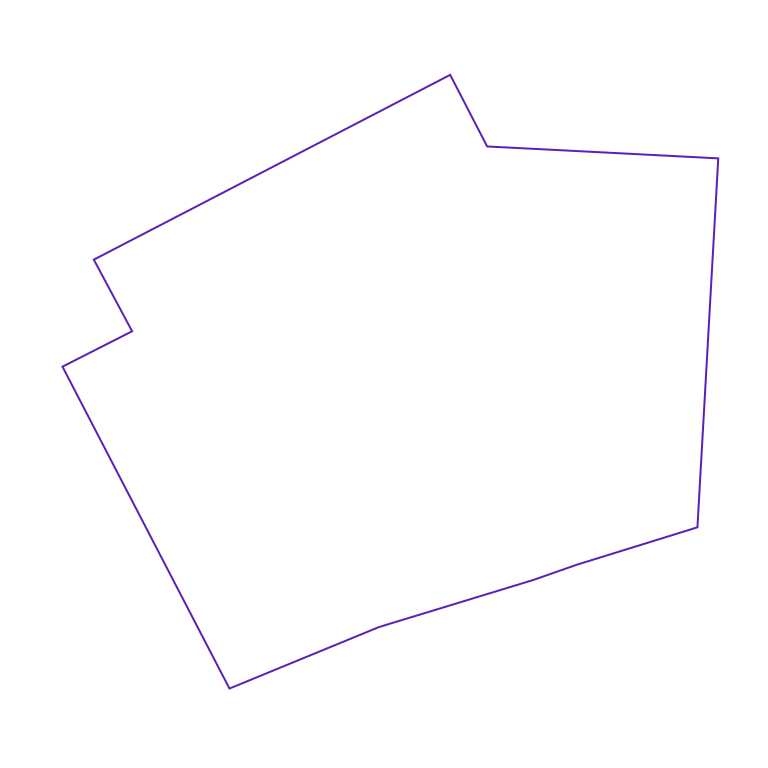 the district of Erath, Texas, United States of America, rotated 93°
{"feature_id": "52423323B59070350705897", "entity_name": "Erath", "entity_type": "district", "adm_level": 2, "iso_a3": "USA", "parent_name": "United States of America", "parent_adm1": "Texas", "projection": "robinson", "projection_center": [-98.148, 32.215], "detail": "fine", "context": "isolated", "style": "outline", "palette": "violet", "viewbox_px": 768, "rotation_deg": 93, "n_neighbors": 0, "source": "geoboundaries", "source_scale": "gbopen_adm2", "svg_char_len": 354}
<svg xmlns="http://www.w3.org/2000/svg" viewBox="0 0 768 768"><g transform="rotate(93 384 384)"><path d="M568.3,597.5L696.2,522.4L627.3,377.0L622.6,364.3L618.4,352.7L572.0,225.0L554.3,181.8L510.7,63.5L141.2,62.0L141.4,293.4L71.8,334.1L275.0,680.3L326.3,649.3L344.5,638.3L383.5,706.0L568.3,597.5Z" fill="none" stroke="#5b21b6" stroke-width="2"/></g></svg>